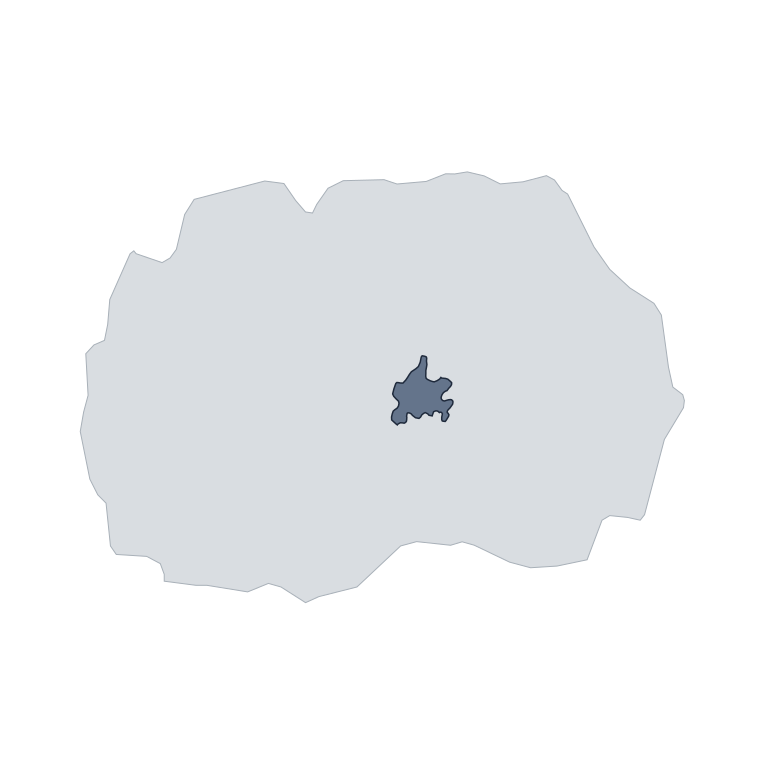 Gradsko highlighted on a map of North Macedonia, rotated 11°
{"feature_id": "MKD-2930", "entity_name": "Gradsko", "entity_type": "Statistical Region", "adm_level": 1, "iso_a3": "MKD", "parent_name": "North Macedonia", "parent_adm1": "", "projection": "mercator", "projection_center": [21.909, 41.604], "detail": "fine", "context": "in_parent", "style": "filled", "palette": "slate", "viewbox_px": 768, "rotation_deg": 11, "n_neighbors": 0, "source": "natural_earth", "source_scale": "10m", "svg_char_len": 2746}
<svg xmlns="http://www.w3.org/2000/svg" viewBox="0 0 768 768"><g transform="rotate(11 384 384)"><path d="M345.6,183.5L358.6,185.2L386.8,177.1L404.4,165.9L413.4,164.3L425.3,159.9L442.5,160.6L459.9,165.4L481.9,159.0L503.7,148.5L512.4,151.2L521.8,160.0L528.0,162.5L564.0,209.4L583.7,228.4L607.0,242.8L633.6,253.3L643.1,263.4L660.0,313.1L668.1,331.9L679.3,337.5L682.0,342.9L682.5,350.1L669.8,384.9L664.7,462.6L661.5,468.8L648.3,468.5L630.7,470.1L624.0,476.1L616.9,517.8L588.6,529.7L562.9,536.4L541.3,534.9L503.2,525.0L490.8,524.0L480.1,529.6L446.1,532.5L431.2,539.8L396.2,588.4L360.7,605.1L348.7,613.6L321.6,602.9L308.6,601.8L289.8,614.1L248.7,615.4L237.6,617.5L205.9,619.5L204.6,612.8L198.7,603.0L183.9,598.5L153.7,602.4L146.4,595.2L133.9,554.0L124.2,547.4L113.4,533.5L94.9,488.6L94.5,468.9L95.7,451.6L85.5,411.2L91.8,401.0L101.3,394.5L101.4,378.2L98.7,353.4L109.9,304.6L113.0,301.0L115.8,303.4L143.0,307.2L150.0,301.1L154.5,291.4L156.0,255.6L162.4,239.0L228.2,207.5L247.5,206.3L262.3,220.8L274.1,230.1L281.2,229.8L283.7,220.5L291.7,202.5L305.2,192.2L345.2,183.4L345.6,183.5Z" fill="#d9dde1" stroke="#a8b0b8" stroke-width="1"/><path d="M443.8,401.5L442.0,400.4L440.1,400.4L438.0,401.7L437.5,404.9L437.4,406.1L435.8,406.1L434.1,406.1L432.6,404.9L429.9,404.2L428.5,405.3L427.0,407.1L426.2,409.5L424.9,411.1L421.3,411.1L417.8,409.3L416.6,408.2L414.7,407.6L413.0,407.7L412.3,408.4L412.3,409.8L412.3,411.3L412.7,412.1L413.1,414.9L413.1,416.5L412.4,417.7L411.3,418.6L410.0,418.6L407.5,418.9L406.2,419.9L404.9,421.2L404.8,421.6L403.6,421.0L400.8,419.3L398.4,417.8L397.7,415.0L397.8,411.8L398.2,408.9L399.7,407.0L401.4,405.3L402.4,403.0L402.4,400.0L401.5,398.1L398.7,396.3L395.9,394.2L394.4,392.1L394.5,389.8L394.7,386.5L394.8,386.0L395.2,383.1L395.5,381.2L396.3,380.1L397.9,379.9L399.8,379.9L402.4,379.5L404.6,376.0L405.9,373.0L407.0,370.0L408.5,366.8L412.4,362.9L414.4,360.3L415.4,355.7L415.4,353.1L415.4,351.6L415.4,351.1L415.6,349.6L416.3,349.0L417.2,349.0L418.9,349.0L420.4,349.4L421.0,350.5L421.3,353.3L422.4,356.8L422.5,359.7L422.5,362.9L423.0,365.3L423.5,368.5L424.3,370.4L425.8,371.2L428.7,372.0L431.1,372.3L432.9,372.3L435.5,370.6L437.7,368.5L438.6,366.7L439.4,367.2L443.4,366.8L445.8,367.1L449.1,369.0L450.2,369.9L450.4,371.8L449.7,373.8L448.5,375.6L447.1,378.5L445.7,379.3L444.0,381.1L443.0,383.4L442.7,385.2L442.7,386.8L443.5,388.2L445.0,389.1L446.7,389.1L448.5,388.1L450.3,387.2L452.2,386.6L453.4,386.6L454.9,387.7L455.2,389.1L455.2,390.8L454.2,393.0L453.4,394.8L452.0,396.9L451.4,398.2L451.3,399.1L451.6,400.0L452.4,400.4L453.6,401.8L453.6,403.3L452.7,405.8L451.8,408.1L451.2,409.1L449.6,409.2L448.3,409.2L447.5,408.1L447.0,405.6L447.0,402.1L445.9,400.9L444.5,400.9L443.8,401.5Z" fill="#64748b" stroke="#1e293b" stroke-width="1.5"/></g></svg>